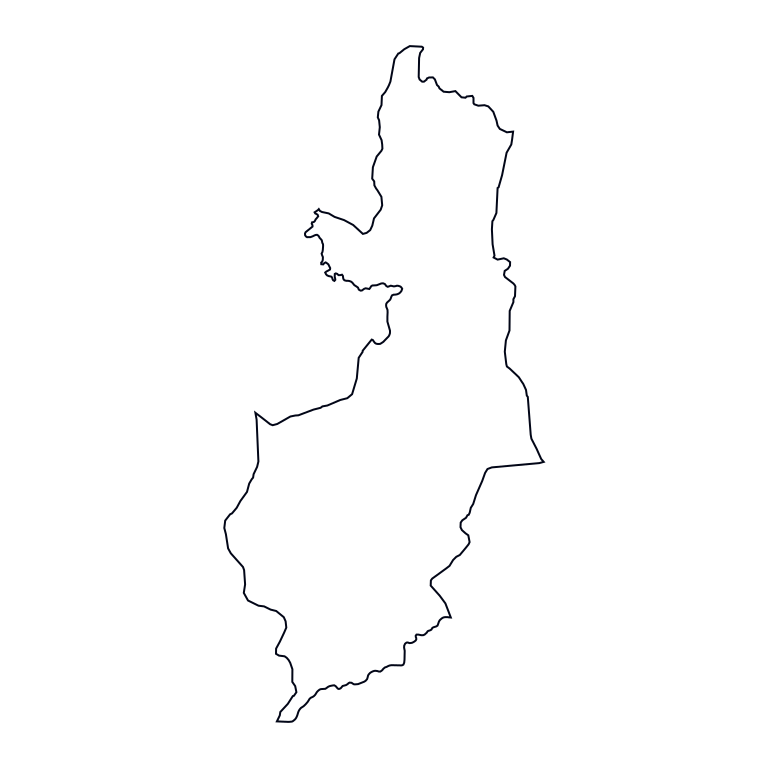 Villa Canales, Guatemala
{"feature_id": "79465075B61187237098810", "entity_name": "Villa Canales", "entity_type": "district", "adm_level": 2, "iso_a3": "GTM", "parent_name": "Guatemala", "parent_adm1": "", "projection": "albers", "projection_center": [-90.541, 14.401], "detail": "fine", "context": "isolated", "style": "outline", "palette": "ink", "viewbox_px": 768, "rotation_deg": 0, "n_neighbors": 0, "source": "geoboundaries", "source_scale": "gbopen_adm2", "svg_char_len": 6092}
<svg xmlns="http://www.w3.org/2000/svg" viewBox="0 0 768 768"><path d="M255.4,412.8L256.6,419.6L258.4,461.5L257.1,466.9L253.6,474.2L253.1,477.6L251.7,479.3L249.2,483.6L247.0,491.9L240.4,501.0L236.7,507.8L232.0,513.4L230.1,514.3L225.2,520.6L224.3,528.0L225.9,534.2L228.1,548.4L230.8,553.3L243.0,567.0L244.1,570.1L245.1,584.4L243.8,592.9L248.0,600.5L258.5,605.7L264.1,606.4L270.6,609.6L276.2,611.0L283.8,617.2L285.6,621.3L286.3,627.6L284.1,632.7L279.9,641.6L276.1,648.6L276.0,653.8L279.0,655.6L284.6,656.3L286.7,657.8L288.6,660.0L290.2,662.8L292.4,669.2L292.3,681.9L295.2,686.1L296.4,692.2L293.9,695.8L292.8,696.1L287.8,703.9L280.3,712.0L279.8,715.4L276.9,721.4L288.7,721.9L290.8,721.7L291.9,721.6L292.8,721.2L293.7,720.5L294.8,719.6L295.5,718.8L296.2,717.8L296.9,716.3L297.4,715.0L298.2,712.3L298.6,711.3L299.1,710.3L300.0,709.0L301.0,707.9L303.6,706.2L305.6,704.3L307.6,702.0L308.7,700.3L309.6,698.8L310.9,697.7L312.7,696.9L313.9,696.1L315.1,694.9L315.9,693.7L316.6,692.5L317.2,691.7L318.2,690.7L319.6,689.6L320.9,689.1L325.4,688.8L326.8,687.8L328.0,686.9L329.4,686.2L330.5,685.9L332.5,685.5L334.2,685.3L335.6,686.1L336.4,687.0L337.8,688.6L338.9,689.0L340.5,688.4L341.2,687.7L342.6,686.0L346.0,685.1L347.6,684.1L348.5,683.2L349.6,682.6L351.6,682.8L352.7,683.6L354.0,684.3L355.8,684.3L358.1,684.1L364.2,681.7L365.6,680.8L366.4,679.9L367.1,679.1L367.6,677.5L368.1,675.4L368.8,674.3L370.1,672.9L371.0,672.3L372.5,671.5L374.2,670.9L375.6,670.8L377.6,671.1L378.6,671.5L380.2,671.6L381.5,670.8L382.4,670.0L383.3,668.8L385.0,667.4L386.6,666.9L388.3,666.0L389.6,665.5L391.3,665.2L392.5,665.2L401.3,665.4L402.4,665.2L403.4,664.6L404.2,662.7L404.5,659.8L404.7,650.8L404.1,647.7L404.2,645.7L405.1,643.7L406.5,642.6L407.8,642.5L409.4,643.1L410.9,643.0L412.3,642.7L414.3,641.6L415.7,640.5L416.3,639.3L416.2,637.9L415.8,637.0L415.7,635.8L416.5,634.6L418.4,634.6L421.2,635.2L423.1,635.2L424.6,634.6L426.8,632.6L427.6,631.3L428.5,630.8L429.7,630.5L431.3,629.7L432.4,627.9L433.4,627.3L436.3,626.4L437.5,625.6L437.9,624.6L438.4,623.2L438.9,621.7L439.7,620.3L440.5,619.5L441.9,618.3L443.3,617.5L444.6,617.2L445.7,617.1L447.3,617.1L448.5,617.3L450.8,617.5L445.4,603.4L439.7,595.7L430.7,585.6L430.9,580.4L432.2,578.6L446.1,568.5L449.5,565.9L453.1,560.0L456.3,556.8L459.8,555.0L465.9,547.7L468.6,544.3L469.6,542.1L468.3,535.3L465.5,533.3L461.9,530.1L460.5,527.2L460.7,522.6L462.3,520.3L466.0,517.8L467.5,515.2L468.7,514.8L469.7,512.7L470.8,507.8L473.2,504.0L476.0,495.1L482.2,481.0L485.1,472.9L487.5,469.0L491.8,467.4L539.3,463.1L543.7,461.9L541.2,459.0L538.7,453.5L536.7,449.0L531.4,438.7L530.7,434.7L527.8,396.9L526.8,395.6L526.0,389.9L523.2,383.8L522.0,382.1L518.8,377.2L509.7,368.6L506.9,366.5L506.3,364.2L504.8,351.7L505.9,340.4L509.5,330.5L509.7,310.9L513.4,302.1L513.4,299.2L515.0,296.2L515.4,286.4L514.6,284.9L513.4,283.5L505.0,277.0L504.0,274.9L504.7,270.9L507.9,268.8L510.0,265.7L510.1,262.1L506.8,259.5L503.8,258.3L497.6,259.6L493.6,257.5L494.5,255.6L492.6,244.3L491.9,229.3L492.4,221.2L493.4,219.9L496.4,213.0L497.6,188.0L498.6,187.3L502.1,175.1L506.6,152.7L511.3,144.5L512.1,139.5L513.1,131.6L506.9,132.3L499.8,128.9L497.6,125.6L496.5,120.6L493.3,111.8L488.3,106.4L484.5,105.2L478.3,105.7L474.3,104.3L473.5,103.1L473.5,97.9L472.3,95.9L466.7,96.5L465.5,97.7L461.5,97.3L455.4,91.1L449.3,92.2L443.6,91.7L439.5,88.4L438.7,86.6L437.0,85.0L434.9,79.4L432.9,77.4L429.0,77.5L426.9,78.5L426.6,79.6L423.9,81.7L422.2,81.7L419.6,79.5L418.7,77.0L419.1,58.0L420.2,52.9L423.0,49.3L423.1,47.6L421.8,46.7L409.8,46.1L404.3,49.2L399.4,53.2L398.3,53.5L394.5,59.3L390.4,81.6L388.9,85.3L387.7,87.7L385.2,92.1L381.9,95.9L381.5,105.1L378.4,111.6L377.8,117.4L379.1,120.3L379.8,127.2L379.0,134.6L381.6,140.2L382.2,144.6L382.4,148.7L381.4,150.8L376.7,156.5L372.9,167.2L372.2,178.7L374.2,181.4L374.4,185.4L376.1,188.5L377.3,190.1L381.4,196.8L382.2,205.3L380.7,209.7L374.0,218.4L372.3,225.6L370.2,230.1L366.6,232.9L362.9,233.9L353.2,225.0L344.1,220.1L334.6,216.9L328.7,213.4L322.0,212.0L319.9,210.9L318.8,209.1L317.9,210.1L316.3,211.2L314.6,212.3L315.2,213.4L316.6,214.1L317.6,214.7L318.2,216.3L316.7,218.2L315.6,219.4L315.0,220.8L314.1,221.8L313.2,222.2L312.1,222.3L311.7,223.6L312.5,225.3L312.5,226.6L305.6,232.2L305.0,233.5L305.1,235.2L305.9,236.4L307.1,237.2L308.5,237.1L310.5,237.1L312.7,236.3L314.3,235.5L315.5,235.0L317.0,234.8L318.1,235.5L318.9,236.4L319.5,237.7L320.9,239.2L321.8,240.3L322.1,241.7L322.3,242.8L323.0,244.2L323.1,245.8L323.0,247.4L322.8,250.0L322.6,251.1L322.4,252.1L321.6,253.6L322.1,255.2L322.9,257.1L322.8,259.6L322.6,260.6L322.0,261.9L321.2,262.6L321.3,264.2L323.2,264.4L324.3,263.1L325.7,262.4L326.9,263.2L328.4,264.4L329.0,265.7L330.2,268.1L330.0,269.5L328.0,270.7L326.4,271.5L325.2,272.5L326.0,274.2L327.0,275.3L328.7,276.1L329.9,276.3L331.5,276.7L332.3,278.1L332.6,279.3L333.2,280.3L334.4,280.9L335.3,279.8L335.1,278.3L334.8,277.2L334.7,276.2L334.8,273.9L335.8,273.4L337.2,273.9L338.5,275.1L340.4,275.1L342.0,274.7L342.9,275.9L343.2,278.2L343.6,279.4L344.5,280.3L346.3,280.8L348.0,280.8L349.3,281.0L351.0,281.6L352.3,282.6L354.3,285.1L356.0,286.2L356.9,286.8L358.0,287.6L358.8,289.6L360.5,290.6L361.9,290.5L364.2,288.8L365.7,288.3L369.3,289.0L370.3,287.7L371.1,286.3L372.3,285.5L375.8,285.3L376.8,285.2L379.9,284.0L381.1,283.5L383.0,283.3L384.8,284.0L386.4,286.1L387.8,286.8L390.8,285.7L393.9,286.4L395.7,286.1L397.0,285.7L398.6,285.9L400.5,286.6L401.5,287.6L402.2,288.8L401.4,291.0L400.2,292.5L398.8,293.6L397.1,294.3L395.5,294.6L393.6,294.7L392.0,295.4L391.3,296.8L390.8,298.3L390.2,299.6L389.2,300.6L387.0,302.6L386.2,304.0L386.1,305.4L386.3,307.0L386.8,308.1L387.5,309.9L387.6,312.5L387.4,316.7L387.4,321.6L388.9,326.8L390.0,330.7L390.0,332.3L389.9,333.5L389.5,334.6L389.1,335.6L388.5,336.5L384.5,340.6L383.4,341.8L381.3,343.2L380.1,343.9L377.9,344.0L376.2,343.7L375.0,343.0L373.9,341.6L372.8,340.0L371.7,339.6L362.7,350.7L362.6,351.9L358.7,357.8L356.8,378.5L352.1,394.2L347.3,398.2L340.2,400.0L327.4,405.5L322.4,406.4L320.6,407.8L313.5,409.6L298.4,415.3L295.3,415.5L290.4,416.5L277.2,424.0L272.7,425.2L270.1,424.2L261.7,417.6L255.4,412.8Z" fill="none" stroke="#020617" stroke-width="2"/></svg>